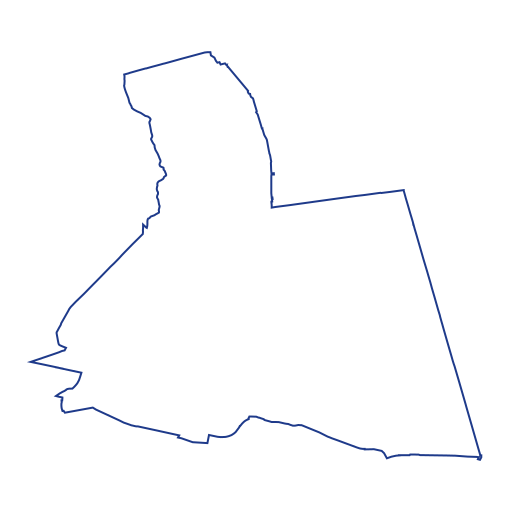 outline of Dongen, Noord-Brabant, Netherlands
{"feature_id": "6326949B71586177807215", "entity_name": "Dongen", "entity_type": "district", "adm_level": 2, "iso_a3": "NLD", "parent_name": "Netherlands", "parent_adm1": "Noord-Brabant", "projection": "equal_earth", "projection_center": [4.948, 51.643], "detail": "fine", "context": "isolated", "style": "outline", "palette": "blue", "viewbox_px": 512, "rotation_deg": 0, "n_neighbors": 0, "source": "geoboundaries", "source_scale": "gbopen_adm2", "svg_char_len": 5912}
<svg xmlns="http://www.w3.org/2000/svg" viewBox="0 0 512 512"><path d="M481.3,455.3L480.2,455.3L480.1,454.7L480.0,454.2L478.7,449.8L471.8,425.8L466.2,406.4L465.8,404.9L463.7,397.6L458.8,380.7L454.6,366.4L453.7,363.8L452.7,360.6L451.6,356.7L448.0,344.3L446.5,339.1L443.4,328.3L442.2,324.0L441.6,322.0L440.2,317.0L439.8,315.2L438.1,309.7L434.6,297.4L432.0,288.5L430.2,281.9L429.4,279.2L428.3,275.5L427.3,272.0L423.6,259.7L421.5,252.4L420.3,248.2L416.6,235.4L415.1,230.3L414.7,229.0L414.6,228.6L413.6,224.9L413.3,223.8L413.2,223.9L412.9,222.2L411.5,217.5L410.4,213.9L407.8,204.9L406.7,201.2L405.8,198.2L405.1,195.6L403.7,190.6L403.7,190.1L390.3,191.9L381.2,193.0L380.5,192.8L366.0,194.8L363.6,195.1L355.8,196.0L340.4,198.1L314.4,201.7L311.6,202.1L295.0,204.4L290.0,205.1L275.2,207.0L271.7,207.6L271.7,205.6L271.6,204.1L271.5,202.8L271.6,202.4L271.4,202.4L271.4,201.6L272.2,201.5L272.1,200.3L271.9,199.1L272.6,199.0L272.4,197.5L271.7,197.6L271.3,193.2L271.3,192.2L271.3,189.8L271.3,182.8L271.3,180.0L271.3,175.8L271.5,174.8L271.5,174.6L273.9,174.5L273.8,173.2L271.5,173.4L271.2,170.7L271.1,168.6L271.1,168.3L270.9,163.0L271.1,162.0L271.2,161.5L270.9,159.9L270.2,155.9L270.0,155.0L269.3,153.1L269.3,152.7L268.8,150.4L267.4,142.7L267.0,140.6L266.8,139.7L266.3,138.6L264.4,135.3L264.0,134.2L262.4,128.8L262.4,128.5L262.0,128.6L261.7,127.9L261.0,125.3L257.7,114.5L256.1,112.2L256.8,111.3L253.9,101.7L253.6,100.4L253.0,98.4L251.0,96.9L250.7,96.2L250.3,95.3L250.1,93.9L248.7,93.6L247.8,91.8L248.1,90.9L228.3,67.2L228.0,67.1L228.1,66.9L226.6,65.2L226.8,64.7L226.2,64.8L225.0,63.4L220.6,64.5L219.5,62.2L217.4,62.7L215.9,60.8L214.4,57.6L210.9,55.4L210.4,52.2L207.4,52.2L204.7,52.5L200.6,53.6L189.9,56.5L181.7,58.7L168.5,62.4L164.8,63.4L163.0,63.8L160.6,64.5L152.0,66.8L147.7,68.0L146.4,68.4L145.4,68.5L138.1,70.5L129.3,73.0L128.7,73.3L124.2,74.5L124.5,76.2L124.5,77.6L124.4,79.0L124.6,80.9L124.4,84.4L124.1,85.7L124.4,87.2L124.8,88.8L125.4,90.6L126.0,92.3L128.3,98.0L129.5,102.8L130.3,104.0L130.7,105.0L131.5,106.3L131.9,108.0L133.9,109.6L137.2,111.4L140.7,112.9L143.5,114.7L145.3,115.9L147.8,116.5L149.7,117.8L150.6,119.2L150.0,120.9L149.4,122.0L149.4,123.0L149.9,125.0L150.6,128.6L151.0,130.8L151.2,132.2L152.2,135.3L152.2,135.6L152.2,136.7L151.1,138.8L151.1,139.4L152.5,142.2L153.4,143.7L153.9,144.3L154.3,144.8L154.5,145.3L154.7,147.4L155.0,148.4L155.5,150.0L157.6,153.6L158.7,156.1L159.4,158.0L160.4,160.2L160.5,160.9L160.5,161.5L160.3,162.2L159.8,163.1L159.6,163.9L159.5,164.6L159.9,165.8L160.4,166.4L161.0,166.7L163.3,167.6L163.6,168.0L163.6,168.6L163.6,169.1L163.6,169.6L164.7,170.9L165.1,171.8L165.3,172.5L165.8,173.4L166.1,174.6L166.2,175.1L166.0,175.4L165.8,175.8L165.3,176.0L164.8,176.4L164.3,176.8L163.9,177.2L163.8,177.5L163.7,177.8L163.5,178.4L163.1,178.9L162.0,179.6L161.3,180.1L159.0,181.2L158.4,181.7L157.8,182.4L157.4,183.2L157.3,183.9L157.3,184.5L157.5,185.2L157.4,185.5L157.4,186.0L157.1,186.6L157.0,187.3L156.9,187.8L156.8,188.5L156.8,189.3L156.9,189.8L157.1,190.4L157.3,191.1L157.9,192.0L158.0,192.7L158.0,194.0L157.4,195.2L157.2,195.8L157.0,197.0L157.1,197.7L157.9,199.2L158.2,199.7L158.4,201.0L158.6,201.9L159.0,204.2L159.1,204.8L159.5,205.5L159.6,206.7L158.8,209.8L158.8,210.5L159.0,211.2L159.0,212.3L158.9,212.6L158.7,212.7L157.9,213.2L156.0,214.2L154.8,215.0L154.3,215.3L153.7,215.5L152.9,215.8L151.2,216.4L150.8,216.6L150.5,216.9L149.7,217.8L149.4,218.1L148.3,218.7L148.1,218.7L148.0,218.9L147.7,219.4L147.6,219.9L147.5,220.4L147.4,221.2L147.4,224.3L147.3,225.1L147.3,225.8L147.1,226.7L146.8,227.9L146.4,227.7L143.1,224.6L143.1,226.4L143.1,227.8L142.9,230.1L143.0,232.0L142.8,233.8L142.8,234.0L132.7,244.0L124.4,252.5L121.8,255.2L119.0,258.3L114.2,263.2L110.5,266.7L104.3,273.1L95.8,281.8L93.1,284.5L88.4,289.3L83.9,293.9L81.1,296.6L78.6,299.0L75.8,301.7L70.8,306.9L69.3,308.9L68.2,311.0L61.2,323.3L60.9,324.4L60.7,325.0L58.9,328.1L57.1,331.5L56.7,332.2L56.6,332.5L56.6,332.8L56.6,333.3L58.0,341.0L58.4,343.0L58.7,344.0L58.9,344.4L59.2,344.8L59.5,345.0L60.0,345.3L61.1,345.8L62.2,346.3L66.0,347.8L64.6,350.4L62.0,351.0L58.9,352.3L52.0,354.7L30.7,361.9L42.8,364.4L57.0,367.4L56.9,367.5L61.6,368.4L61.5,368.5L81.4,372.7L80.8,374.7L80.1,376.9L79.1,379.9L78.6,380.9L78.0,382.0L77.3,383.3L76.5,384.3L76.2,384.7L74.4,386.7L72.4,388.6L69.1,388.7L67.5,389.0L66.4,389.5L66.0,390.0L65.4,390.3L64.6,390.9L63.7,391.3L63.1,391.6L62.6,391.8L60.7,392.9L59.9,393.3L56.0,396.0L58.2,396.6L62.4,397.5L62.4,398.3L62.2,400.4L61.5,400.4L61.7,402.4L61.6,402.8L61.4,403.8L61.4,404.3L61.4,405.7L61.5,407.0L61.7,408.4L62.1,409.8L62.5,411.0L63.3,410.9L63.6,410.8L64.9,412.7L92.8,407.6L96.0,409.6L119.3,420.4L121.3,421.4L123.7,422.6L127.2,423.8L130.3,424.9L131.3,425.3L132.8,425.6L135.2,426.2L136.6,426.4L137.9,426.4L157.8,430.7L161.4,431.5L179.2,435.4L178.0,437.5L181.5,438.3L192.7,442.2L207.4,443.1L209.0,435.0L217.6,436.8L220.8,437.1L224.0,437.0L225.5,436.9L226.6,436.7L228.6,436.2L231.5,435.1L233.8,433.6L235.6,432.1L239.0,427.6L239.7,426.2L239.9,426.3L242.1,423.6L242.7,423.0L243.6,422.1L244.4,421.4L244.8,421.1L245.7,420.5L247.0,419.8L247.5,419.6L248.7,419.1L248.8,419.0L248.7,418.6L248.5,418.3L249.4,416.5L250.6,416.5L256.3,416.7L258.5,417.6L259.4,417.7L261.0,418.3L263.8,419.2L264.1,419.7L264.8,420.1L269.3,421.3L271.6,422.0L275.6,422.0L278.7,422.1L279.6,422.3L284.7,423.5L286.4,423.8L288.3,424.0L290.7,425.0L291.5,425.2L292.9,425.7L293.3,425.7L294.7,425.7L295.3,425.6L295.9,425.5L298.3,425.0L298.8,425.0L300.4,425.2L301.1,425.1L302.4,425.5L310.7,428.9L319.3,432.4L327.6,436.6L330.0,437.5L331.9,438.3L337.8,440.4L356.7,447.4L359.1,448.2L360.1,448.5L361.4,448.7L363.0,448.9L364.7,448.9L364.7,449.4L373.9,449.2L381.7,450.9L384.1,453.2L386.9,458.3L391.4,456.7L396.0,455.7L397.0,455.6L399.6,455.4L399.5,455.2L409.6,455.2L410.2,454.5L418.5,454.6L420.1,455.1L447.2,455.5L455.3,455.7L467.5,456.6L476.4,456.9L478.8,457.2L477.9,459.2L480.0,459.8L481.3,457.3L481.3,455.3Z" fill="none" stroke="#1e3a8a" stroke-width="2"/></svg>